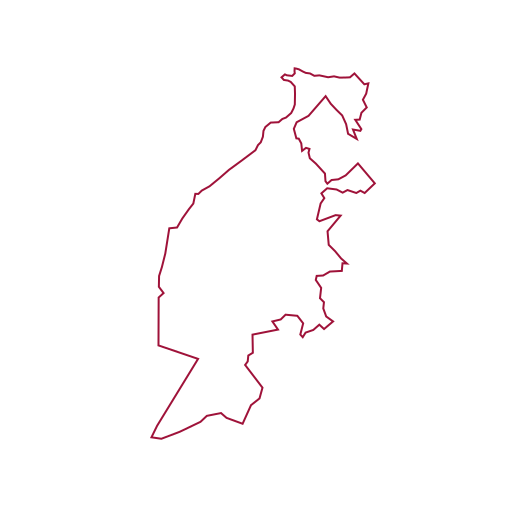 Mubarek, Kashkadarya, Uzbekistan, rotated 318°
{"feature_id": "79887680B29394566639719", "entity_name": "Mubarek", "entity_type": "district", "adm_level": 2, "iso_a3": "UZB", "parent_name": "Uzbekistan", "parent_adm1": "Kashkadarya", "projection": "natural_earth1", "projection_center": [65.477, 39.211], "detail": "fine", "context": "isolated", "style": "outline", "palette": "rose", "viewbox_px": 512, "rotation_deg": 318, "n_neighbors": 0, "source": "geoboundaries", "source_scale": "gbopen_adm2", "svg_char_len": 2057}
<svg xmlns="http://www.w3.org/2000/svg" viewBox="0 0 512 512"><g transform="rotate(318 256 256)"><path d="M57.0,320.8L63.4,328.5L81.7,335.6L103.8,342.1L112.5,341.9L124.9,349.3L125.8,356.6L133.8,371.7L152.5,363.5L163.3,364.2L172.7,358.2L175.0,329.7L179.3,328.8L183.7,324.8L188.9,325.8L200.8,312.1L223.1,325.4L224.4,315.6L231.9,319.7L238.7,319.4L246.7,328.1L246.0,337.6L236.4,344.0L236.4,347.6L241.6,346.1L249.1,349.3L257.1,349.4L257.7,355.8L269.5,356.2L267.7,347.9L270.9,340.0L275.6,335.8L275.3,330.2L283.1,323.3L284.4,313.8L287.8,311.4L292.8,315.4L300.5,317.0L309.8,324.5L315.4,319.3L318.5,322.4L317.6,314.8L318.0,305.3L317.5,296.4L325.7,285.5L345.9,282.6L342.5,278.9L326.4,272.6L325.8,269.5L339.2,260.2L345.5,258.7L346.5,253.2L354.2,253.3L360.4,260.5L362.8,266.9L368.1,268.2L372.7,276.3L377.3,277.3L378.9,281.9L392.9,281.5L393.7,255.4L376.6,256.1L368.5,254.1L363.0,250.1L357.4,250.0L357.7,246.9L362.4,240.9L362.3,227.4L361.4,219.4L364.2,214.3L367.4,212.2L365.5,209.1L360.6,208.7L365.0,202.6L366.3,197.4L364.7,195.6L369.2,186.8L375.7,183.8L388.8,187.0L414.7,183.8L413.4,192.9L413.6,201.5L414.1,209.2L411.2,218.3L406.2,226.8L409.2,236.4L412.7,226.9L417.3,232.8L419.2,232.2L420.9,221.2L424.3,224.0L430.2,220.1L437.7,219.7L440.0,211.4L446.5,209.1L455.0,202.9L451.4,200.9L451.3,186.2L445.4,186.1L442.7,183.9L437.5,179.4L434.2,174.7L429.2,171.4L424.0,164.2L419.9,161.1L418.3,156.5L415.5,153.2L414.2,150.1L412.8,146.0L411.4,143.8L410.3,142.4L408.4,144.3L407.0,146.2L403.4,146.4L399.8,142.3L399.0,140.4L394.5,140.3L394.5,143.8L397.2,147.1L398.3,149.9L398.3,155.9L393.5,161.6L386.2,169.4L382.5,171.5L377.8,173.3L370.9,173.2L367.3,171.8L362.3,171.7L356.2,166.7L349.3,166.4L345.3,168.0L340.9,172.0L335.6,174.7L331.7,174.9L326.4,177.0L319.4,176.4L308.3,175.4L293.6,173.9L280.8,173.7L268.1,173.1L259.5,171.1L254.7,171.3L252.5,169.2L244.5,175.1L237.5,176.3L226.4,178.8L216.4,182.0L210.1,177.4L190.2,193.5L178.6,201.3L170.6,206.0L163.2,213.9L162.5,221.7L155.9,221.7L123.7,257.2L144.1,293.7L68.9,316.0L57.0,320.8Z" fill="none" stroke="#9f1239" stroke-width="2"/></g></svg>